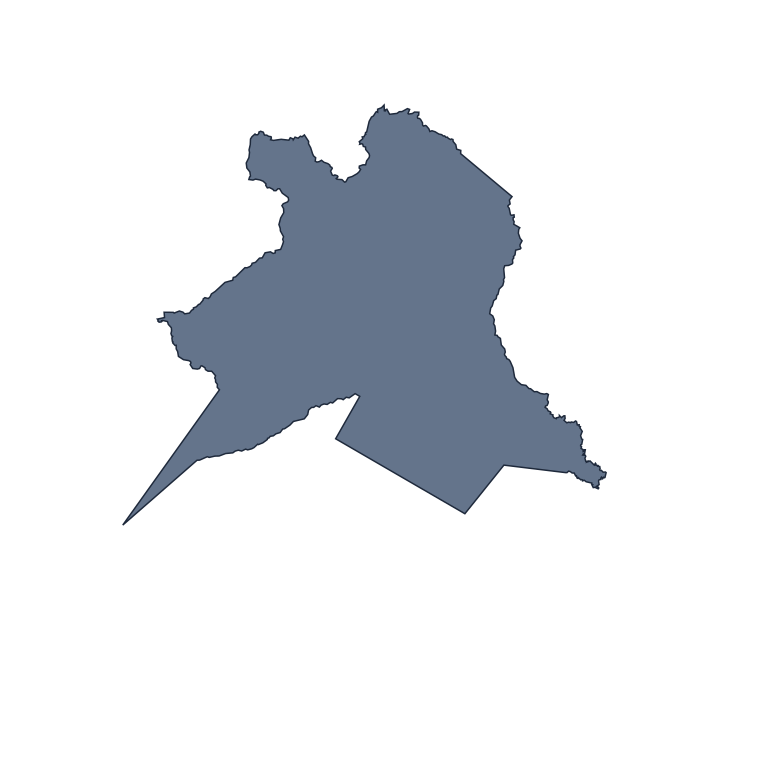 Aquidauana, Mato Grosso do Sul, Brazil, rotated 210°
{"feature_id": "56859067B57339224225179", "entity_name": "Aquidauana", "entity_type": "district", "adm_level": 2, "iso_a3": "BRA", "parent_name": "Brazil", "parent_adm1": "Mato Grosso do Sul", "projection": "mercator", "projection_center": [-55.836, -19.55], "detail": "fine", "context": "isolated", "style": "filled", "palette": "slate", "viewbox_px": 768, "rotation_deg": 210, "n_neighbors": 0, "source": "geoboundaries", "source_scale": "gbopen_adm2", "svg_char_len": 6171}
<svg xmlns="http://www.w3.org/2000/svg" viewBox="0 0 768 768"><g transform="rotate(210 384 384)"><path d="M493.6,634.7L494.6,632.5L497.5,630.2L498.4,630.2L499.1,634.6L501.4,634.2L504.6,628.9L506.9,627.5L508.0,624.9L514.0,620.4L518.9,623.4L519.6,622.5L519.4,621.2L520.3,620.8L523.4,625.6L524.3,622.0L526.9,618.8L525.4,616.2L526.5,616.2L527.0,615.5L527.2,610.8L528.3,608.9L528.2,604.1L525.0,593.5L525.7,592.6L525.5,591.7L524.6,591.1L525.2,589.9L524.9,588.2L526.4,587.1L525.0,585.8L526.6,581.5L525.0,580.3L524.9,579.5L523.3,581.0L522.3,581.0L520.7,579.4L518.5,580.0L517.1,577.9L512.3,576.1L510.8,574.7L510.1,572.9L510.6,568.5L509.5,564.6L511.8,563.3L514.3,560.4L513.5,558.6L511.6,558.2L511.6,555.6L512.4,552.8L515.3,547.8L518.2,544.7L518.2,540.0L519.1,539.1L522.6,540.0L527.1,537.8L528.1,538.0L527.5,539.8L527.7,540.7L528.7,541.0L531.1,540.5L531.6,539.5L533.2,539.0L536.7,541.7L536.6,544.8L537.4,545.5L539.2,545.4L540.4,546.5L542.8,546.8L546.9,546.0L550.0,546.5L551.3,544.2L553.1,542.6L555.0,542.6L556.3,545.8L559.0,546.3L560.9,547.6L565.6,551.9L569.5,554.3L570.6,556.4L577.5,559.9L578.6,557.1L580.3,556.8L581.3,553.9L584.5,553.3L584.7,550.1L585.4,550.8L588.3,550.4L588.3,547.6L595.4,544.5L601.5,539.7L604.4,538.8L604.5,540.7L605.5,541.7L607.8,540.8L609.9,540.9L612.0,539.8L614.4,541.7L617.2,541.2L618.3,539.6L617.7,538.6L618.0,536.7L619.7,535.7L620.7,536.0L622.0,532.1L622.1,529.4L619.5,524.4L617.9,519.2L616.3,517.4L614.2,512.6L613.8,506.5L610.8,502.5L606.2,500.6L603.6,497.3L603.9,496.1L603.3,493.5L599.4,495.1L597.7,497.2L593.5,498.7L590.0,499.2L586.3,498.3L585.7,496.9L583.1,495.5L581.4,496.9L577.4,497.0L576.0,496.4L574.2,497.4L573.5,500.0L572.0,500.9L567.5,498.4L560.2,497.6L558.5,495.5L558.5,493.6L561.4,489.7L561.6,487.4L558.7,485.7L556.5,482.3L556.5,476.1L554.7,469.5L551.7,466.9L550.3,464.8L544.6,461.3L544.1,458.7L542.2,457.0L541.5,453.7L540.8,448.9L544.9,445.2L543.8,443.2L545.3,441.6L548.4,441.7L552.6,438.2L552.5,432.4L554.8,430.7L556.1,425.1L558.6,422.6L558.2,420.9L558.7,418.9L560.7,416.2L562.6,415.2L566.1,402.6L567.8,400.9L566.9,398.2L572.5,392.5L576.5,379.7L578.5,375.7L578.2,372.6L578.9,370.2L582.3,369.2L583.1,367.2L582.6,366.1L583.5,361.0L584.4,360.1L585.1,357.0L587.1,354.6L586.4,353.4L587.5,351.6L587.9,348.2L591.7,345.1L594.0,345.7L597.7,344.9L601.2,340.5L602.3,340.7L610.3,336.2L607.3,331.8L612.7,326.9L611.6,326.6L611.4,325.5L609.7,325.1L608.0,326.3L607.6,327.2L608.2,327.7L607.4,328.4L602.7,329.8L600.6,327.8L596.3,326.4L594.5,323.8L593.7,321.1L591.8,319.5L590.8,319.6L590.7,317.8L588.6,315.1L587.7,314.9L587.6,314.0L584.2,312.9L583.3,313.6L581.5,310.5L578.9,308.9L575.8,305.1L569.8,304.8L564.6,306.7L562.8,306.7L561.7,305.7L561.6,303.9L557.4,301.8L553.1,303.6L551.5,305.2L551.5,308.2L550.8,308.7L547.2,308.6L545.8,307.2L542.9,307.1L539.6,308.9L534.0,306.9L533.6,304.6L532.1,303.6L530.9,301.6L528.1,300.4L526.8,297.8L523.6,296.7L539.7,131.2L507.8,224.5L505.6,225.9L500.7,232.7L498.7,233.0L494.4,237.0L490.8,239.2L486.4,244.6L480.5,248.8L479.3,251.5L477.1,253.8L473.7,254.8L471.3,258.4L469.1,258.8L466.2,261.7L464.8,263.9L463.3,268.7L462.5,268.7L459.5,272.5L457.3,277.6L457.7,278.7L456.6,279.9L456.4,281.8L453.9,283.8L452.7,286.8L449.7,290.0L449.2,294.3L447.7,295.6L444.9,301.4L443.7,306.3L435.6,314.0L434.8,319.4L436.3,323.8L435.0,327.5L433.2,328.6L432.1,331.2L428.4,331.7L427.9,334.3L426.0,336.7L423.0,337.9L421.3,341.3L419.0,341.9L416.9,348.1L413.5,349.9L411.5,350.0L410.1,353.6L407.2,354.6L404.2,361.2L398.8,361.2L398.5,312.4L249.1,312.1L239.6,373.7L182.1,398.2L181.2,398.8L180.6,400.8L178.9,401.3L176.6,401.0L174.7,402.0L172.1,400.2L171.5,400.8L169.8,399.1L168.9,399.2L169.0,400.0L165.4,399.4L165.0,400.1L163.8,400.2L163.5,399.5L162.3,400.8L160.1,400.4L154.5,402.1L154.1,401.1L152.9,401.1L153.2,400.4L151.0,398.9L149.6,400.0L146.1,400.3L146.0,401.3L146.8,401.8L148.7,401.7L147.4,404.4L149.8,407.4L149.8,408.6L148.4,409.8L149.1,410.7L149.1,412.0L147.3,411.3L147.4,412.9L146.5,412.8L145.9,413.5L147.3,418.3L148.2,418.5L150.1,417.2L152.6,417.9L153.5,417.2L154.4,417.6L154.5,418.7L155.9,420.4L157.8,419.6L157.9,420.4L160.2,419.6L160.4,420.7L161.3,421.1L161.4,418.9L167.1,420.4L169.1,418.0L169.1,419.0L170.5,417.8L172.9,420.2L173.1,422.2L174.0,422.9L176.4,421.8L176.4,423.2L175.3,423.5L176.8,427.7L177.5,427.3L177.1,425.6L177.7,425.0L178.8,426.7L181.2,426.8L181.5,428.4L182.8,428.7L183.2,429.7L182.6,430.6L184.2,435.3L185.1,435.1L187.9,437.5L188.6,442.1L192.4,444.0L192.5,445.2L194.0,445.1L194.6,446.3L196.1,445.2L198.6,447.8L199.7,447.7L200.5,445.6L202.9,444.7L203.0,443.9L205.0,443.3L206.3,441.8L209.9,442.5L209.9,444.7L211.5,446.9L212.4,446.3L213.5,443.6L216.3,444.4L215.7,443.5L216.2,442.3L217.7,441.0L217.5,440.1L220.0,439.7L221.9,440.7L222.1,441.7L225.2,441.3L225.3,442.7L226.0,443.1L228.4,442.8L230.5,444.2L232.8,444.3L233.1,445.7L232.0,447.0L232.3,449.6L232.7,450.6L234.8,451.9L236.4,457.1L238.2,457.1L240.1,455.4L243.9,454.0L247.7,453.9L250.1,452.4L254.7,453.2L256.3,452.5L260.4,453.8L264.7,452.1L270.1,453.0L274.2,455.1L280.5,462.6L286.0,466.7L288.1,467.6L290.4,467.3L291.6,468.5L293.6,469.1L294.6,470.1L294.9,472.3L297.0,474.7L301.9,476.4L306.0,481.7L309.1,481.9L310.2,482.7L312.5,481.9L313.8,485.6L317.0,489.7L319.2,490.9L320.6,494.8L323.8,497.3L327.6,497.7L329.6,503.2L329.3,505.7L330.7,511.1L329.5,514.0L330.7,517.3L330.1,518.5L331.7,523.9L330.4,528.7L331.5,532.7L332.7,534.1L332.8,536.4L337.9,543.6L338.6,546.8L335.4,549.0L333.2,551.9L333.0,553.2L334.9,555.9L334.6,558.0L335.6,559.0L335.1,561.3L336.9,565.7L333.5,569.1L333.4,570.2L335.2,571.4L335.9,572.8L336.0,577.0L339.0,578.2L343.0,581.7L344.6,585.2L344.5,587.2L351.5,587.2L352.5,589.7L354.2,590.7L355.3,592.6L354.6,593.6L356.0,595.5L358.0,593.8L359.1,593.9L363.5,598.8L365.5,599.7L365.8,600.4L364.8,603.0L367.4,606.0L366.8,610.3L432.8,621.8L434.3,624.7L438.5,623.7L441.4,627.1L445.4,628.6L446.5,630.2L448.1,629.9L448.6,629.0L451.2,628.9L452.5,629.5L453.8,628.6L455.5,629.2L456.7,628.4L458.7,628.8L461.5,627.9L465.9,628.0L469.1,627.3L470.5,625.6L472.7,627.4L476.3,628.7L477.4,628.6L478.9,627.1L480.0,627.5L481.3,629.5L484.6,631.4L486.0,631.7L487.6,631.0L488.4,631.7L489.0,633.1L488.4,634.2L489.7,636.8L493.6,634.7Z" fill="#64748b" stroke="#1e293b" stroke-width="1.5"/></g></svg>